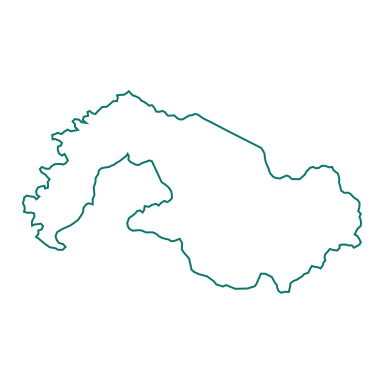 outline of Cumari, Goiás, Brazil
{"feature_id": "56859067B19159308765425", "entity_name": "Cumari", "entity_type": "district", "adm_level": 2, "iso_a3": "BRA", "parent_name": "Brazil", "parent_adm1": "Goiás", "projection": "mercator", "projection_center": [-48.176, -18.317], "detail": "fine", "context": "isolated", "style": "outline", "palette": "teal", "viewbox_px": 384, "rotation_deg": 0, "n_neighbors": 0, "source": "geoboundaries", "source_scale": "gbopen_adm2", "svg_char_len": 3994}
<svg xmlns="http://www.w3.org/2000/svg" viewBox="0 0 384 384"><path d="M92.7,204.3L92.7,199.1L94.4,195.1L94.1,191.3L93.7,187.7L94.6,184.9L95.5,181.8L95.6,178.0L98.1,174.3L98.8,170.6L101.5,168.2L106.2,167.3L109.0,167.0L111.2,165.7L113.9,164.9L116.4,162.9L118.6,161.8L121.1,160.0L123.1,158.4L126.1,156.1L127.6,153.9L128.8,156.1L128.4,159.5L130.6,162.2L132.9,163.0L134.9,164.4L138.5,165.1L142.5,162.9L146.3,161.6L149.5,160.5L151.9,161.2L161.7,182.3L165.5,184.7L168.6,187.4L170.7,190.3L171.7,193.3L172.0,198.1L169.6,200.7L167.2,202.1L164.4,200.9L160.8,203.1L158.8,205.5L156.0,203.9L151.9,204.9L148.9,206.8L144.7,206.1L144.1,210.0L142.6,212.5L139.9,210.4L137.0,211.2L135.4,213.3L133.1,215.2L129.0,218.1L127.2,223.1L128.1,227.0L129.6,229.0L132.7,230.7L138.3,230.2L141.4,230.4L146.0,232.4L152.7,232.3L156.3,233.9L159.2,236.5L162.9,238.2L168.8,239.6L171.3,241.3L174.7,240.8L179.7,238.8L182.1,243.1L181.8,249.5L184.6,253.5L187.1,256.2L189.1,258.6L191.5,269.6L193.7,271.7L198.9,274.2L206.8,276.2L213.7,281.1L216.3,284.4L223.0,286.5L226.1,285.1L233.0,287.9L235.3,288.8L247.5,288.5L254.9,286.2L256.5,283.8L260.9,273.7L265.5,273.8L271.8,277.0L274.8,282.5L276.8,285.0L277.3,287.9L278.7,291.2L281.2,292.7L284.7,291.8L288.8,291.9L290.0,287.2L290.5,283.2L293.7,280.9L296.7,279.8L300.5,277.4L302.7,275.9L304.1,274.1L308.2,272.8L310.4,268.3L312.0,265.9L314.8,266.9L318.3,267.3L320.5,268.5L322.5,265.9L323.6,262.4L325.3,260.5L324.5,257.2L325.2,254.3L327.4,252.0L329.8,249.0L333.5,250.1L337.2,250.5L339.6,248.1L339.5,245.3L341.8,244.6L345.8,244.6L349.0,245.5L351.8,245.3L353.9,247.7L357.4,245.9L359.7,244.4L360.8,242.0L359.0,238.5L357.2,235.9L354.7,234.5L356.1,231.3L357.9,228.4L360.5,226.3L361.0,223.9L360.7,220.1L359.5,216.8L360.8,213.9L358.2,211.0L359.3,207.7L359.6,202.8L357.6,199.9L355.4,198.7L352.9,196.5L351.1,194.4L348.4,192.7L344.2,192.8L341.2,190.6L340.2,186.5L339.0,182.3L339.3,179.7L338.9,176.7L337.7,173.3L335.4,171.7L333.2,169.8L332.2,167.0L329.3,167.3L326.7,166.4L323.8,165.7L321.4,166.0L318.9,167.9L315.7,168.2L313.0,166.9L310.0,167.8L308.2,169.9L306.4,171.5L304.9,174.5L299.7,179.2L292.0,179.1L288.8,176.3L286.5,175.5L283.9,176.7L280.0,178.5L275.7,177.9L272.9,176.5L269.9,173.0L268.8,169.1L266.2,163.3L265.4,160.4L264.8,157.0L264.5,153.7L263.2,151.1L261.3,148.0L226.4,130.3L212.0,122.7L203.0,118.3L198.0,114.7L194.8,113.9L192.4,115.2L189.2,115.5L182.6,119.4L179.5,119.4L177.2,118.2L174.2,115.3L171.3,115.6L168.2,115.7L166.4,114.1L165.0,112.2L162.3,110.9L159.6,111.8L156.2,111.6L154.4,107.9L152.0,105.2L149.0,105.6L147.0,103.9L144.1,101.9L141.4,100.7L139.4,98.2L136.3,96.6L132.6,95.3L130.5,93.1L128.8,91.3L126.9,92.9L123.9,94.8L119.9,94.9L117.0,95.4L117.8,97.7L117.0,101.1L113.2,101.2L111.0,103.2L108.7,105.1L106.8,106.7L102.0,107.1L100.2,109.0L97.6,111.5L95.2,114.1L92.3,113.2L89.7,111.0L87.5,112.0L88.1,115.8L83.8,116.8L82.8,120.2L86.0,122.8L81.4,122.2L79.1,119.7L74.7,119.1L72.6,121.5L75.0,124.2L74.9,126.8L77.9,129.9L73.5,130.8L70.8,131.3L67.7,129.6L64.1,131.8L61.6,134.0L57.5,132.9L54.9,134.2L52.3,134.9L52.6,139.4L55.0,139.0L57.8,140.1L60.2,141.2L62.0,143.1L60.8,145.6L57.9,146.6L57.8,149.7L58.9,153.5L62.1,155.6L64.5,154.0L66.2,157.0L67.9,160.4L65.7,163.3L63.2,164.5L60.8,164.0L58.1,164.0L54.9,164.2L51.6,166.1L49.3,168.7L46.3,168.8L41.8,167.0L39.9,169.1L41.2,171.9L43.2,173.4L45.5,174.7L47.6,177.3L49.6,179.2L47.7,182.1L48.1,185.0L47.9,187.7L45.0,188.5L44.5,185.8L41.4,186.3L38.0,187.5L36.1,191.1L36.8,194.8L39.3,196.5L36.5,199.3L34.0,196.8L30.1,196.4L27.0,195.6L24.3,197.3L23.6,200.8L23.0,203.5L24.3,206.0L24.8,208.8L24.0,211.7L27.8,212.9L30.7,212.5L34.0,213.3L34.5,216.6L32.6,219.8L31.8,222.3L32.1,225.7L34.4,224.5L37.5,224.2L40.7,223.6L43.1,225.9L41.6,229.5L38.3,230.5L38.4,234.0L36.0,236.9L38.5,238.5L44.2,243.3L49.6,247.2L55.1,248.2L58.2,249.8L62.6,249.8L65.6,247.0L63.2,244.2L58.8,242.9L56.6,239.7L55.5,236.3L57.1,232.2L62.3,229.0L70.5,225.4L76.3,221.3L78.6,219.2L81.9,214.3L83.1,211.9L83.4,208.0L86.0,204.6L88.4,203.3L92.7,204.3Z" fill="none" stroke="#0f766e" stroke-width="2"/></svg>